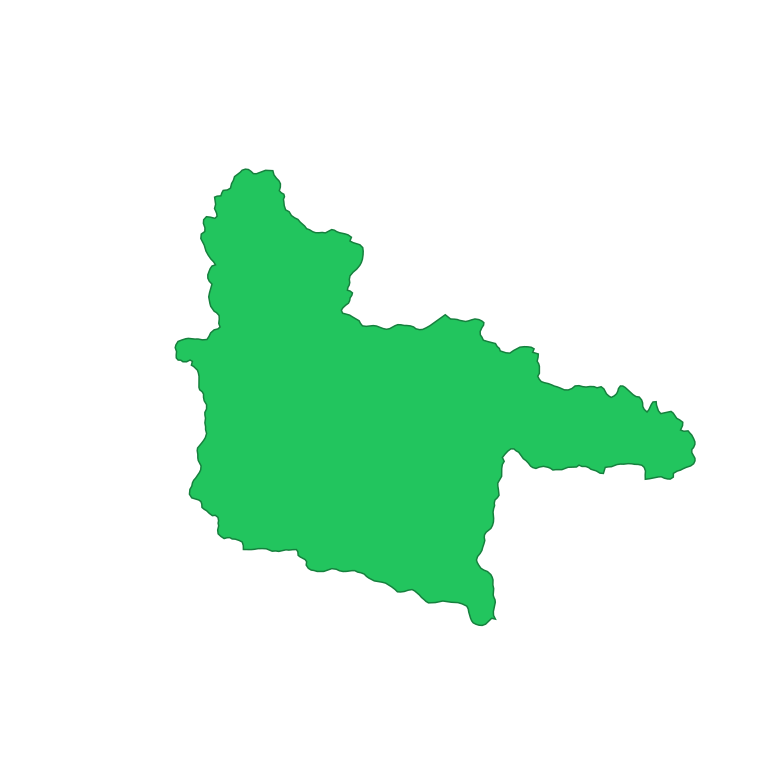 outline of Joaíma, Minas Gerais, Brazil, rotated 235°
{"feature_id": "56859067B17378222637082", "entity_name": "Joaíma", "entity_type": "district", "adm_level": 2, "iso_a3": "BRA", "parent_name": "Brazil", "parent_adm1": "Minas Gerais", "projection": "albers", "projection_center": [-41.029, -16.798], "detail": "fine", "context": "isolated", "style": "filled", "palette": "green", "viewbox_px": 768, "rotation_deg": 235, "n_neighbors": 0, "source": "geoboundaries", "source_scale": "gbopen_adm2", "svg_char_len": 6171}
<svg xmlns="http://www.w3.org/2000/svg" viewBox="0 0 768 768"><g transform="rotate(235 384 384)"><path d="M405.6,473.9L405.4,455.0L405.8,451.0L406.5,447.0L408.1,444.3L410.9,441.8L413.7,441.0L416.4,439.0L418.7,436.4L420.3,434.2L422.8,431.8L424.7,429.3L425.4,426.5L426.1,420.3L427.4,417.4L429.9,415.1L435.8,411.1L438.0,408.7L441.4,402.5L444.0,399.7L447.3,399.5L450.0,399.9L457.2,396.6L460.1,395.4L465.8,390.7L468.9,391.4L470.0,394.1L470.5,397.7L470.6,401.3L471.9,403.6L474.0,405.7L475.1,408.5L476.7,410.4L479.5,409.6L481.8,407.8L483.8,409.8L484.9,412.1L486.7,414.1L489.6,415.6L492.1,418.2L493.3,422.7L493.8,427.7L495.1,432.3L496.5,435.1L498.6,437.9L501.8,440.9L504.7,443.1L507.9,444.8L511.9,444.1L517.5,439.8L520.7,438.1L522.9,441.5L526.8,440.1L529.4,438.1L533.5,434.3L536.0,432.6L538.4,431.6L540.5,429.7L541.4,422.6L543.6,420.3L545.3,417.3L547.2,414.7L549.7,412.9L553.0,411.5L555.6,409.7L558.9,409.6L564.7,408.2L568.2,407.9L571.4,406.1L575.1,404.8L579.5,405.1L583.1,403.3L587.4,404.6L590.8,406.5L593.0,407.6L594.5,409.9L596.9,410.8L599.6,409.5L602.4,409.1L604.7,412.0L607.4,414.0L610.6,414.5L614.3,413.9L618.4,413.8L622.5,415.3L627.0,409.5L629.4,400.1L631.2,397.7L634.3,397.1L637.4,396.0L639.5,393.7L640.5,390.4L639.9,387.7L639.6,380.5L637.2,377.4L635.6,374.1L632.5,370.6L632.8,367.0L634.8,363.3L633.5,360.7L631.7,358.3L633.6,355.0L634.2,352.4L627.7,349.1L624.9,345.8L622.0,345.3L619.5,344.7L617.1,343.4L616.7,340.5L620.1,337.6L622.9,334.5L622.0,330.5L619.2,328.2L614.6,326.9L611.7,324.7L611.6,320.3L608.2,317.4L600.9,316.4L595.0,314.4L590.3,313.9L585.5,313.9L581.8,314.5L578.3,314.3L579.3,310.8L578.2,307.8L576.5,305.2L574.5,302.3L571.7,300.4L568.3,299.8L564.5,300.4L558.8,293.4L555.9,290.4L549.8,287.6L547.0,286.6L541.0,286.6L538.6,287.7L534.7,288.2L531.7,286.3L528.4,283.4L524.7,282.4L524.4,279.5L525.8,275.9L525.3,271.3L523.4,268.0L522.0,264.5L524.3,260.6L527.4,257.6L529.4,254.7L533.6,249.9L534.8,247.5L536.0,243.7L537.0,239.7L535.4,236.0L533.5,233.8L529.6,232.7L526.9,230.4L524.5,228.8L521.7,229.1L520.1,231.2L517.6,232.0L515.4,235.1L514.9,238.9L512.4,240.0L509.9,237.0L507.6,238.1L502.3,239.1L499.6,238.3L496.4,236.9L487.4,230.5L485.0,229.7L482.1,230.6L479.3,230.4L476.6,228.5L473.4,227.1L468.8,226.8L465.3,224.3L463.5,221.0L461.3,219.5L458.4,218.2L454.9,215.0L451.4,213.4L449.0,211.7L445.2,210.3L442.5,206.8L441.2,203.8L440.3,201.0L438.5,194.6L436.6,192.8L433.1,191.1L430.2,189.1L427.9,188.0L421.9,187.2L418.9,184.7L417.4,182.1L415.0,175.8L414.3,172.9L412.9,170.4L410.6,168.0L409.0,164.6L405.3,161.4L401.0,161.2L395.3,165.7L392.8,166.6L390.2,165.9L387.3,164.1L384.6,164.8L382.0,166.0L378.2,166.7L374.6,167.9L373.2,170.5L370.0,171.5L366.9,170.1L365.2,168.3L362.6,167.2L359.8,164.0L356.4,162.2L352.6,163.0L349.1,164.4L348.1,167.3L346.5,169.7L344.2,170.7L342.2,173.2L338.8,175.7L335.9,177.2L332.4,176.1L329.1,173.9L324.6,180.1L323.0,182.9L321.3,186.5L318.7,190.3L316.5,193.1L311.2,196.5L309.4,199.5L307.2,201.8L304.4,208.6L302.5,210.8L300.6,214.3L298.6,217.3L296.0,217.2L292.9,215.4L290.5,216.1L285.4,218.7L282.8,218.7L280.3,216.4L276.4,216.3L273.4,217.6L271.4,219.7L268.7,221.8L265.0,227.2L262.7,235.3L259.6,238.7L256.6,240.4L253.9,242.9L252.0,245.8L249.5,250.7L247.8,253.1L245.1,254.5L242.4,257.0L239.6,258.8L236.5,259.3L233.7,260.3L228.3,263.1L222.9,268.6L220.0,271.1L213.5,273.9L209.4,275.2L206.1,275.8L204.2,278.2L202.4,281.6L201.2,285.6L199.5,289.1L197.0,290.4L190.9,292.0L187.7,292.3L184.3,293.2L181.8,293.7L179.2,294.9L175.5,300.7L172.5,307.7L166.5,314.1L162.5,319.2L159.1,321.9L154.6,324.4L151.5,324.0L148.5,322.6L142.6,320.6L139.8,320.0L137.2,320.1L134.5,321.5L131.9,323.5L129.9,326.0L129.0,329.5L130.3,337.8L127.5,340.4L131.6,341.0L134.8,343.0L141.4,350.0L143.7,351.2L146.1,351.6L148.5,352.4L153.5,356.5L156.9,357.9L161.0,360.9L163.6,361.8L166.6,362.2L171.0,361.2L174.4,359.0L177.5,357.7L181.2,357.7L184.4,358.0L186.8,358.8L189.0,361.7L190.1,365.6L191.5,368.7L193.6,371.2L195.8,374.2L198.0,376.8L200.8,378.1L202.8,379.8L204.0,382.7L204.4,388.7L205.9,391.7L208.2,394.5L211.0,396.7L216.6,399.9L219.1,402.4L220.9,404.8L223.2,406.0L225.3,408.3L225.8,411.6L226.9,414.4L232.0,417.2L235.1,418.7L237.6,420.4L240.9,427.4L247.3,432.0L250.2,434.8L251.7,438.1L255.9,438.8L257.1,442.8L258.0,447.0L258.1,450.7L256.3,453.2L253.5,453.9L250.8,455.2L242.9,455.3L239.7,456.4L236.3,456.9L232.7,457.0L230.3,457.9L227.7,460.0L226.9,463.5L225.1,467.4L221.7,470.6L219.5,472.0L216.7,473.0L215.2,475.8L211.8,480.6L210.2,487.0L205.6,494.1L205.7,497.2L202.9,498.9L200.6,502.1L198.0,503.8L195.5,504.6L191.1,508.0L187.1,509.8L184.9,512.4L188.8,517.4L187.5,520.1L185.8,522.9L184.4,528.6L182.9,531.6L180.9,534.3L178.7,538.4L176.5,541.2L174.5,543.2L172.3,546.1L169.6,548.6L166.5,549.3L162.8,548.3L159.7,545.8L156.1,543.4L154.1,547.2L150.5,555.4L149.0,557.9L146.1,559.6L143.6,561.8L141.9,564.0L141.8,567.6L144.8,569.8L144.5,574.2L143.4,577.5L143.1,580.0L142.4,583.6L141.0,588.3L141.1,591.9L142.7,594.7L144.8,596.1L151.3,596.8L153.8,598.6L154.4,601.1L156.2,604.0L158.3,605.5L161.7,606.3L165.7,606.8L168.6,606.4L171.2,606.2L173.3,602.5L176.2,600.5L178.7,604.7L181.3,606.8L185.0,605.6L188.0,604.1L194.3,604.2L196.9,603.4L201.0,593.7L204.6,593.4L210.4,595.1L213.4,596.8L215.0,594.0L214.0,591.4L211.0,586.2L210.2,583.4L214.0,582.6L217.2,583.1L220.2,585.0L223.2,585.9L226.9,585.6L229.2,583.2L232.4,581.9L242.8,579.6L245.3,578.5L246.8,576.5L245.8,573.5L244.0,571.4L242.6,568.9L242.2,565.8L242.7,562.4L245.2,561.3L248.3,560.6L253.9,561.3L257.2,560.3L258.7,556.3L261.3,554.6L263.8,551.3L265.6,547.8L267.8,545.3L270.8,542.8L272.8,539.4L272.5,535.4L273.4,531.6L275.7,528.4L279.7,526.0L282.5,524.1L284.5,522.4L286.9,521.0L290.0,518.9L293.1,516.1L295.8,514.2L299.1,513.9L302.2,514.4L303.6,517.4L309.3,521.4L311.8,522.3L314.8,522.5L317.5,525.5L320.1,527.6L324.7,524.0L326.7,527.1L329.6,525.7L332.0,523.1L334.1,520.3L336.2,516.5L337.1,509.3L337.1,504.8L339.6,501.8L344.4,498.2L347.0,498.9L349.8,498.2L353.2,498.5L359.9,492.8L362.9,490.5L366.3,491.1L369.0,491.1L371.8,492.8L374.0,496.5L375.1,499.3L377.0,501.0L379.5,500.3L382.3,498.7L385.1,495.8L386.4,492.3L387.2,489.5L388.4,486.7L392.7,482.5L394.8,481.0L396.6,479.0L399.1,475.8L405.6,473.9Z" fill="#22c55e" stroke="#15803d" stroke-width="1.5"/></g></svg>